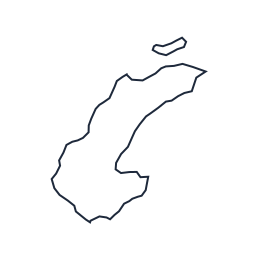 outline of Söderköping, Östergötland, Sweden, rotated 284°
{"feature_id": "70781695B48628112229025", "entity_name": "Söderköping", "entity_type": "district", "adm_level": 2, "iso_a3": "SWE", "parent_name": "Sweden", "parent_adm1": "Östergötland", "projection": "orthographic", "projection_center": [16.491, 58.412], "detail": "fine", "context": "isolated", "style": "outline", "palette": "slate", "viewbox_px": 256, "rotation_deg": 284, "n_neighbors": 0, "source": "geoboundaries", "source_scale": "gbopen_adm2", "svg_char_len": 1159}
<svg xmlns="http://www.w3.org/2000/svg" viewBox="0 0 256 256"><g transform="rotate(284 128 128)"><path d="M201.6,189.7L202.9,176.2L203.4,165.4L199.4,157.6L196.9,149.8L194.0,145.8L187.6,141.5L182.7,136.1L177.7,130.7L175.8,120.0L179.2,114.1L179.7,113.8L176.2,110.3L170.9,105.8L164.6,105.0L152.5,102.8L146.9,97.9L143.5,94.6L138.7,92.0L128.2,90.1L121.0,89.3L114.3,90.8L107.5,86.7L103.8,82.2L101.2,77.3L96.7,72.4L88.5,71.3L79.9,69.0L75.0,71.2L66.4,69.3L60.0,66.3L51.8,71.1L46.5,77.8L43.0,87.2L39.6,94.7L34.4,97.6L29.0,109.2L27.3,114.0L29.0,114.1L35.3,121.7L36.0,128.8L35.1,132.7L40.5,136.0L45.0,139.4L53.6,142.5L57.4,147.0L60.4,149.3L63.7,154.2L65.6,157.6L72.0,160.2L85.6,159.4L83.3,152.0L87.5,147.1L85.6,140.0L82.6,132.1L84.9,126.0L91.3,124.9L101.1,127.6L109.7,132.5L120.6,134.4L126.6,135.5L134.5,138.5L143.6,142.7L147.3,146.0L154.9,152.4L162.8,158.4L165.1,163.7L171.1,169.0L175.6,174.2L179.1,181.0L184.3,181.4L193.4,182.1L201.6,189.7ZM209.7,133.1L207.9,139.8L207.9,147.4L213.2,153.4L216.3,156.7L220.1,162.7L225.7,163.5L228.7,158.6L224.5,153.7L220.7,149.6L215.8,142.1L215.4,135.3L213.5,133.4L209.7,133.1Z" fill="none" stroke="#1e293b" stroke-width="2"/></g></svg>